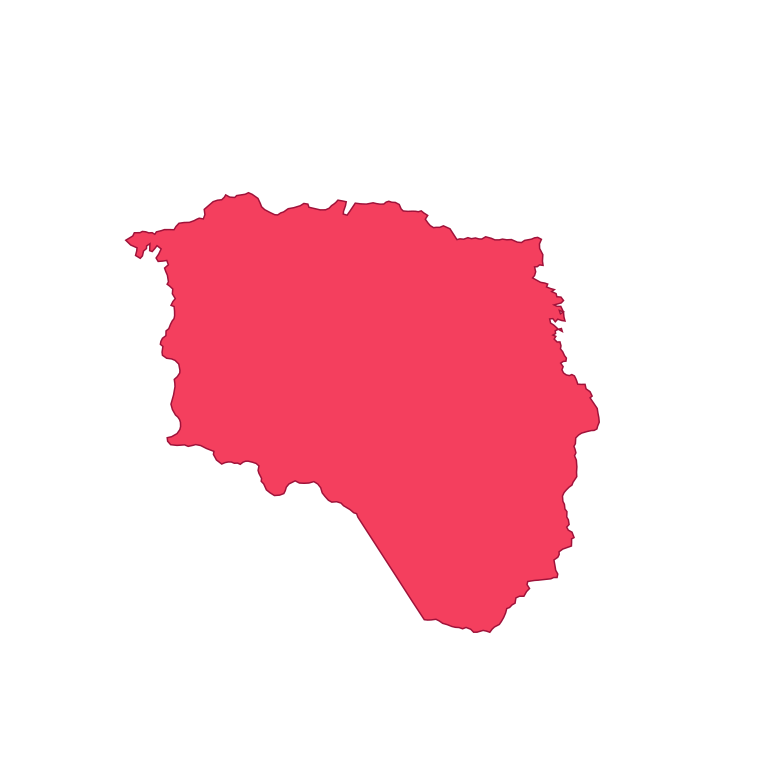 outline of Reserva, Paraná, Brazil, rotated 326°
{"feature_id": "56859067B47646649937177", "entity_name": "Reserva", "entity_type": "district", "adm_level": 2, "iso_a3": "BRA", "parent_name": "Brazil", "parent_adm1": "Paraná", "projection": "albers", "projection_center": [-50.945, -24.594], "detail": "fine", "context": "isolated", "style": "filled", "palette": "rose", "viewbox_px": 768, "rotation_deg": 326, "n_neighbors": 0, "source": "geoboundaries", "source_scale": "gbopen_adm2", "svg_char_len": 5201}
<svg xmlns="http://www.w3.org/2000/svg" viewBox="0 0 768 768"><g transform="rotate(326 384 384)"><path d="M345.1,647.8L348.3,646.6L352.6,644.5L356.8,641.8L360.2,638.8L363.1,639.5L366.8,638.7L370.1,639.0L373.7,635.1L377.6,635.7L381.3,638.2L386.1,635.8L390.3,634.9L390.4,630.3L392.7,628.1L396.4,629.8L399.1,631.1L402.4,633.0L410.4,637.2L413.4,638.8L416.4,639.3L419.3,641.2L421.8,638.7L422.2,634.4L424.0,630.5L426.5,624.9L431.3,624.8L433.9,623.3L435.3,621.0L439.8,620.8L448.8,623.1L451.1,620.0L452.9,617.3L455.7,617.6L457.0,612.0L455.1,608.2L455.4,604.8L458.9,604.0L460.9,599.7L461.1,596.5L464.3,592.1L464.1,588.8L466.3,584.6L466.7,581.3L469.3,576.7L472.6,574.7L475.8,573.8L479.8,573.0L483.3,572.9L485.7,571.2L492.0,568.6L494.2,564.9L497.6,560.5L499.1,557.8L500.9,554.7L501.8,550.0L504.6,548.4L505.9,544.9L506.6,541.9L509.3,540.5L512.8,535.9L516.8,535.1L520.3,535.2L525.9,537.0L529.8,538.5L532.3,540.0L535.4,540.3L537.4,538.5L541.1,536.0L543.3,532.0L545.2,527.5L547.1,523.5L547.1,519.6L547.1,514.7L547.1,510.7L549.8,510.4L550.5,505.6L548.8,501.0L550.5,496.7L547.4,494.7L544.5,492.5L545.4,489.5L546.0,486.8L546.4,483.8L545.0,481.2L542.4,480.7L540.2,478.4L539.0,475.2L539.5,471.7L542.2,469.8L542.1,465.5L545.2,465.5L547.6,466.8L549.7,464.5L549.5,461.5L550.2,457.1L549.9,453.6L552.1,451.3L553.4,447.5L551.0,446.0L550.2,441.9L553.1,440.6L551.4,437.9L554.5,438.1L555.7,435.6L559.1,436.1L557.7,430.1L556.2,426.6L557.7,422.7L560.5,424.2L560.8,428.2L564.3,427.4L566.8,430.7L569.3,433.0L570.6,429.2L573.1,424.6L574.0,418.5L570.8,416.3L569.2,413.5L576.2,415.9L579.5,415.2L579.3,410.9L576.1,408.3L577.2,405.3L574.7,401.1L578.0,401.0L575.3,397.8L573.0,394.4L575.6,392.7L573.7,390.2L570.7,387.3L568.4,382.9L566.5,379.1L569.4,378.3L572.5,375.8L574.3,371.1L576.8,372.5L579.5,372.2L582.2,374.6L584.1,370.7L588.0,365.6L588.8,358.7L591.2,354.8L595.4,352.1L593.4,348.4L590.5,347.0L587.3,346.4L580.9,343.6L577.1,343.6L573.9,341.0L570.4,335.5L566.4,333.1L563.2,330.1L560.2,329.0L556.5,326.5L554.5,323.3L550.6,318.8L546.1,318.5L543.8,316.8L541.5,314.1L537.7,312.4L535.4,309.6L531.0,308.5L528.1,306.1L525.2,305.1L525.5,292.2L521.7,286.1L517.8,285.3L514.9,283.3L512.5,282.1L510.9,278.5L510.5,275.2L510.4,270.5L514.5,268.7L512.6,264.3L511.7,261.3L508.8,260.4L506.9,258.6L504.6,256.9L500.3,254.2L496.7,251.3L496.1,248.5L497.0,243.7L494.9,239.8L492.1,237.7L490.2,235.2L487.5,234.4L484.4,234.7L481.3,232.7L478.7,230.3L476.3,227.7L470.0,225.0L465.5,221.7L461.3,218.0L452.8,221.5L447.8,223.4L445.3,220.3L447.0,218.2L451.8,214.6L454.6,211.8L452.1,209.2L448.6,205.8L445.4,206.6L442.9,206.8L440.2,206.8L436.9,207.6L432.9,206.9L428.5,204.0L420.6,195.5L421.5,192.3L418.5,189.5L414.3,189.4L411.4,188.5L407.8,187.4L402.6,185.1L396.9,185.2L394.1,184.4L390.4,184.4L388.1,182.6L385.5,178.2L382.6,172.8L381.6,168.6L382.4,165.2L383.3,159.7L380.8,153.1L378.6,149.6L375.1,149.1L370.8,147.1L367.2,145.4L364.6,145.9L360.6,142.8L358.5,138.7L356.0,139.9L352.5,140.5L348.7,138.5L344.3,137.3L332.6,138.7L330.2,143.5L326.5,146.1L323.5,143.2L320.8,142.7L317.9,142.4L313.1,141.2L308.5,138.3L303.9,136.1L299.6,137.1L296.2,138.7L292.3,135.9L288.2,133.2L285.3,132.4L280.4,130.6L277.7,131.7L276.4,128.9L273.5,127.2L271.6,124.6L269.0,122.4L266.3,122.1L261.6,119.0L258.5,120.8L250.3,120.4L251.7,127.1L255.4,133.0L253.4,135.4L249.9,138.5L252.2,143.5L255.4,142.7L259.0,139.3L262.8,138.9L264.4,136.8L268.4,136.8L264.3,142.4L265.9,144.6L269.9,143.5L273.2,142.4L274.8,147.4L269.9,150.3L265.5,152.1L265.3,156.1L269.4,158.4L273.0,160.1L271.9,164.6L266.9,165.2L266.0,168.6L265.2,172.8L262.4,178.8L260.0,180.0L261.0,182.8L262.0,187.1L259.0,190.8L258.7,196.5L255.1,197.6L251.4,199.7L253.3,202.4L251.2,206.3L248.6,210.3L246.5,212.4L243.7,213.3L240.6,215.0L236.5,217.8L233.0,218.1L230.2,222.0L225.9,222.2L222.9,223.9L220.8,226.0L221.7,229.2L217.8,233.5L216.4,236.3L218.2,241.1L221.9,244.4L224.0,247.6L225.0,252.7L222.5,258.5L220.9,260.6L216.9,262.3L212.7,262.9L210.9,266.6L209.2,269.4L203.4,275.4L196.1,281.6L194.3,286.9L193.8,293.1L194.6,296.0L194.6,299.2L193.8,302.0L191.6,305.5L189.3,307.6L184.7,309.4L178.4,308.9L174.2,307.3L172.6,310.5L173.2,315.0L178.0,319.1L181.4,321.1L184.6,322.9L186.8,326.2L191.3,328.0L194.0,328.9L197.6,332.5L199.1,335.2L200.7,338.1L203.6,342.3L205.3,344.7L203.2,347.0L202.6,353.3L204.7,359.6L208.3,360.3L211.2,361.5L213.8,363.3L215.6,366.0L218.4,367.7L219.9,370.2L223.5,370.0L226.0,370.6L228.2,372.0L231.3,375.4L233.6,378.4L234.5,382.0L231.3,385.2L230.4,388.0L229.7,393.8L227.8,396.0L228.4,399.6L227.3,406.0L228.7,410.5L230.8,415.2L235.4,417.8L239.7,418.8L242.4,417.3L245.3,414.9L249.3,413.7L256.2,414.6L258.5,418.8L262.2,421.6L266.4,424.1L271.3,425.7L273.2,429.9L273.5,434.6L271.9,439.7L272.2,444.1L272.9,449.2L274.6,452.7L278.9,455.1L281.8,458.7L282.4,462.3L285.6,469.1L286.9,473.8L288.8,476.2L287.9,479.8L286.6,547.2L285.9,580.0L285.6,601.9L288.2,604.1L291.1,605.9L295.5,608.1L297.3,611.3L298.8,615.2L301.9,618.9L304.7,623.0L307.1,625.6L310.1,627.9L312.3,630.9L315.9,631.7L318.8,635.9L319.5,639.9L322.4,641.8L328.4,643.7L330.8,646.2L332.9,649.0L336.6,647.7L339.7,647.2L345.1,647.8ZM573.1,424.6L569.5,424.5L570.5,421.0L573.1,424.6ZM559.1,436.1L561.2,440.1L562.1,437.2L559.1,436.1Z" fill="#f43f5e" stroke="#9f1239" stroke-width="1.5"/></g></svg>